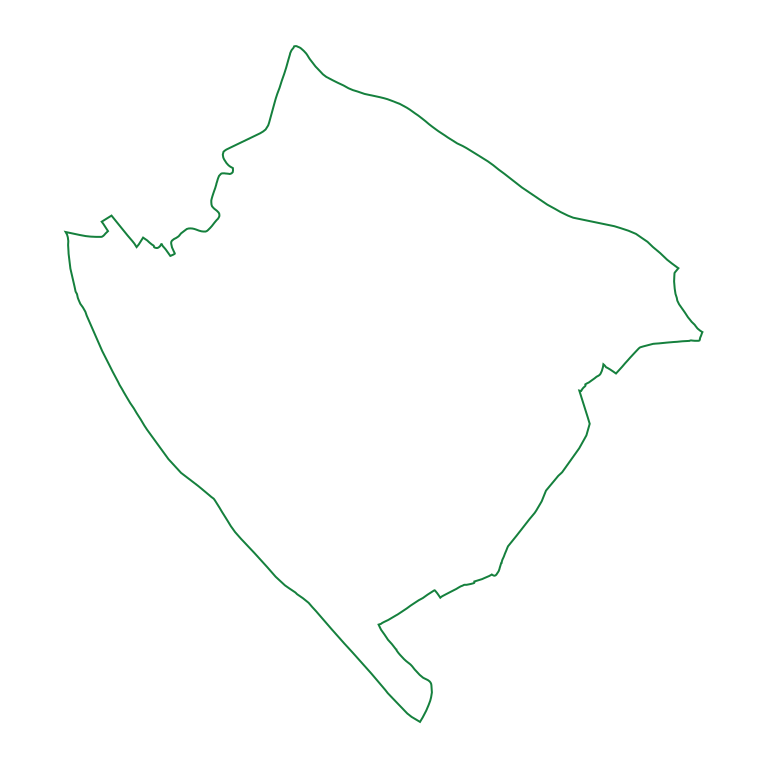 Giong Trom, Bến Tre, Vietnam (Mercator projection)
{"feature_id": "81297802B83890760772965", "entity_name": "Giong Trom", "entity_type": "district", "adm_level": 2, "iso_a3": "VNM", "parent_name": "Vietnam", "parent_adm1": "Bến Tre", "projection": "mercator", "projection_center": [106.467, 10.145], "detail": "fine", "context": "isolated", "style": "outline", "palette": "green", "viewbox_px": 768, "rotation_deg": 0, "n_neighbors": 0, "source": "geoboundaries", "source_scale": "gbopen_adm2", "svg_char_len": 6028}
<svg xmlns="http://www.w3.org/2000/svg" viewBox="0 0 768 768"><path d="M678.4,268.2L676.4,266.8L671.8,263.4L667.1,259.7L660.2,253.1L652.9,247.0L647.5,241.8L642.5,238.4L636.0,233.9L628.4,230.7L620.5,228.1L614.3,226.2L573.2,217.7L567.9,215.6L560.5,212.0L554.9,208.8L547.4,204.7L521.8,187.4L504.4,173.8L498.7,169.6L493.1,165.1L487.8,161.3L476.4,154.2L466.5,148.1L462.7,146.0L457.2,143.4L447.7,137.4L445.1,135.6L438.4,131.2L436.2,129.6L432.0,126.5L428.9,124.1L425.5,121.2L422.6,118.9L418.2,115.5L415.1,113.4L409.8,109.6L406.8,107.7L400.0,104.0L392.1,100.9L387.5,99.2L384.0,98.2L379.9,97.2L371.6,95.4L370.5,95.2L364.5,93.9L357.5,91.5L352.9,90.1L348.4,88.2L343.6,85.5L337.6,82.7L333.0,80.4L326.3,76.9L322.9,74.3L320.2,71.4L315.5,66.5L310.2,59.6L309.4,58.5L307.3,55.1L306.2,53.5L303.8,50.9L301.9,49.2L300.5,48.0L299.2,47.3L297.7,46.7L296.7,46.2L295.7,46.1L294.2,46.3L293.5,47.8L291.7,50.0L291.2,50.9L290.2,53.2L289.9,54.6L288.4,59.7L286.2,67.6L284.2,73.9L281.7,81.0L279.6,87.7L278.2,91.4L277.3,93.8L275.8,98.4L275.0,101.2L269.1,122.7L268.2,125.4L266.5,128.1L265.6,129.5L263.1,131.5L260.1,133.3L230.6,147.5L226.3,149.6L224.7,150.7L223.5,151.8L222.8,154.7L223.3,157.6L224.1,159.4L226.5,163.1L228.5,165.3L230.2,166.6L232.9,168.1L233.0,170.5L232.7,172.2L231.6,173.3L230.7,173.7L229.8,174.0L228.7,173.8L227.0,173.6L225.6,173.5L224.3,173.3L223.2,173.3L222.0,173.4L221.3,173.6L220.7,174.1L220.0,174.9L219.1,175.8L218.3,177.7L217.7,179.4L217.2,181.2L216.4,183.7L216.3,184.4L215.2,188.1L213.9,191.7L212.6,195.6L211.8,198.3L211.3,200.4L211.3,202.2L211.5,204.6L212.0,206.2L212.7,207.1L214.1,208.6L216.8,210.7L218.4,212.3L219.1,213.4L219.3,214.1L219.4,215.4L219.4,215.9L219.2,216.6L218.7,217.6L217.9,218.9L216.8,219.9L214.6,222.5L211.9,226.0L210.2,227.9L208.2,229.9L207.2,230.8L206.4,231.2L205.7,231.5L204.6,231.5L203.2,231.5L201.4,231.3L198.9,230.6L196.0,229.5L194.1,228.9L192.2,228.5L190.3,228.4L188.6,228.5L186.8,229.0L184.8,230.5L182.7,232.1L180.9,233.5L180.3,234.3L179.4,235.4L178.9,236.0L178.2,236.6L177.3,237.2L176.1,238.0L175.4,238.3L175.1,238.5L173.9,239.1L171.9,240.7L171.2,242.1L171.2,243.7L172.0,247.4L173.9,251.6L174.7,253.2L174.8,253.4L174.7,253.8L173.4,254.6L170.3,255.9L165.6,249.3L163.8,247.2L163.4,246.8L162.9,246.2L162.3,245.3L161.9,244.3L161.7,244.1L161.3,244.1L160.9,244.8L160.0,246.2L158.9,247.2L157.9,247.8L157.2,248.0L156.4,248.0L155.1,247.7L154.6,247.5L154.1,247.1L153.9,246.5L153.9,246.1L153.6,245.6L153.2,245.3L152.3,244.8L151.0,243.8L149.2,242.3L147.7,240.9L147.3,240.5L143.1,237.6L138.8,244.4L136.6,247.1L136.4,246.8L135.2,244.9L134.3,243.5L132.3,241.0L127.6,235.5L119.5,225.5L111.5,215.6L101.7,221.7L103.4,224.0L106.1,228.2L108.0,231.1L107.9,231.2L107.2,231.9L105.6,233.4L104.2,235.0L103.4,235.8L102.0,236.7L101.1,236.9L97.0,236.9L94.6,236.8L90.5,236.6L85.8,236.1L79.8,235.0L65.6,232.0L67.0,234.5L67.8,237.2L68.3,241.1L68.1,245.0L68.5,251.5L68.6,253.8L70.4,268.6L74.5,286.4L75.6,291.6L77.0,294.1L77.8,297.8L78.7,300.1L80.3,303.8L82.9,307.4L85.4,311.8L86.7,315.6L102.2,351.0L109.4,365.2L112.6,371.6L116.6,379.1L118.2,382.1L119.6,385.0L121.9,388.8L123.9,392.4L126.9,397.5L130.3,403.2L133.8,408.3L136.7,413.2L140.8,419.6L144.3,425.5L147.0,429.6L168.5,459.2L181.1,472.9L198.1,485.9L205.7,492.2L211.4,497.0L213.7,498.7L214.8,500.2L219.4,507.5L222.0,511.9L227.4,520.5L230.8,526.1L235.1,532.1L241.0,538.8L254.5,553.1L267.3,567.2L275.6,576.7L285.0,585.4L289.3,588.4L295.4,592.5L297.1,594.2L302.9,598.2L308.6,602.8L312.3,607.1L315.8,610.9L321.6,617.6L331.8,629.4L344.4,643.6L352.3,652.2L371.4,673.6L385.4,690.1L387.8,693.2L397.2,703.0L407.3,713.5L411.6,716.9L420.0,721.9L422.7,717.4L426.2,710.7L428.5,705.3L430.2,700.8L431.1,697.3L431.7,693.6L431.9,692.5L431.4,685.2L431.1,683.7L430.5,682.5L429.6,681.4L427.9,680.1L423.2,677.8L419.7,674.9L414.6,669.4L412.2,666.3L410.5,664.5L406.3,661.2L404.0,659.1L399.9,654.7L398.3,652.8L396.5,650.3L396.4,649.9L396.4,649.5L396.0,649.3L395.6,648.9L391.9,644.1L388.0,639.8L384.6,634.7L381.1,629.8L380.2,628.0L378.6,624.6L381.1,623.8L382.1,623.0L384.2,621.9L388.2,620.0L390.4,618.7L396.0,615.4L397.6,614.5L406.8,608.4L410.6,605.6L415.6,602.3L418.8,600.2L420.5,599.3L422.9,598.0L427.5,594.7L434.2,590.4L434.7,590.3L435.4,591.0L437.2,593.2L439.3,596.2L440.3,597.7L441.0,597.1L442.1,596.3L445.3,594.6L450.7,591.8L455.0,589.6L456.4,588.9L458.0,587.9L460.6,586.4L462.7,585.6L463.4,585.2L463.8,585.0L464.4,584.8L466.6,584.8L470.7,584.0L472.5,583.5L473.3,583.3L474.2,582.9L474.4,582.5L474.3,582.1L474.3,581.5L476.6,580.8L482.1,579.1L484.3,578.1L489.2,576.0L491.2,574.9L491.8,574.5L492.7,575.1L493.8,575.6L494.6,575.7L495.5,575.4L496.4,574.6L497.1,573.5L497.8,572.5L498.7,571.1L498.8,570.7L499.4,569.2L499.7,567.9L500.3,566.0L501.2,563.0L501.6,562.9L501.6,562.7L501.9,561.3L502.5,559.4L502.7,559.1L503.9,556.5L504.8,554.0L506.4,550.2L507.3,547.9L508.0,546.3L516.8,535.4L529.6,519.0L534.7,512.9L536.3,510.5L541.7,501.3L546.0,490.6L558.3,475.8L562.1,472.3L579.2,448.3L586.4,435.4L589.7,423.8L587.7,417.2L579.3,390.6L581.1,391.0L581.6,390.2L582.4,388.9L583.5,387.6L584.9,386.4L585.4,385.8L585.5,385.4L585.3,384.4L586.1,383.9L587.1,383.3L588.8,382.5L592.1,380.1L594.5,378.4L596.6,376.7L598.3,375.8L599.5,375.0L600.5,373.8L601.8,371.0L602.6,368.3L603.0,366.9L603.4,364.3L604.1,364.9L604.8,365.6L605.9,367.0L606.3,367.4L607.3,367.8L610.0,369.4L613.3,371.6L616.0,373.5L622.2,366.7L625.0,363.4L627.9,360.2L630.0,357.8L633.8,353.7L635.2,352.2L638.8,348.4L639.9,347.5L640.6,347.2L643.3,346.4L653.3,343.8L654.1,343.8L654.6,343.7L658.9,343.4L666.8,342.6L673.9,342.0L677.1,341.8L682.0,341.3L683.7,341.2L687.4,341.0L689.4,340.9L690.0,340.6L690.5,340.5L691.0,340.4L692.5,340.6L694.8,340.8L696.7,340.8L698.4,340.8L699.4,340.5L699.8,339.7L699.9,339.2L699.9,338.7L700.3,337.4L701.1,335.6L701.5,334.4L702.0,333.0L702.2,332.4L702.4,332.1L701.4,331.5L700.2,330.7L697.5,328.5L695.4,325.8L694.7,324.8L691.6,321.8L689.9,319.6L688.0,317.3L684.8,312.4L679.1,304.3L677.3,300.6L676.8,297.9L675.5,293.9L674.7,288.6L674.1,281.5L674.3,276.7L674.5,273.1L675.0,272.3L678.4,268.2Z" fill="none" stroke="#15803d" stroke-width="2"/></svg>